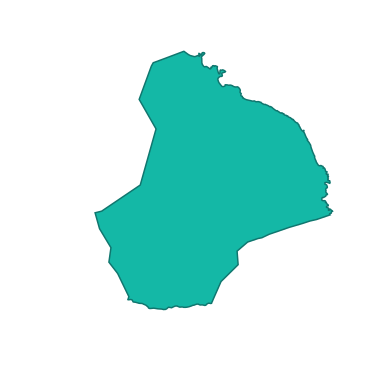 Coubaril, Castries, Saint Lucia, rotated 133°
{"feature_id": "8701671B79808617109773", "entity_name": "Coubaril", "entity_type": "district", "adm_level": 2, "iso_a3": "LCA", "parent_name": "Saint Lucia", "parent_adm1": "Castries", "projection": "mercator", "projection_center": [-61.013, 14.002], "detail": "fine", "context": "isolated", "style": "filled", "palette": "teal", "viewbox_px": 384, "rotation_deg": 133, "n_neighbors": 0, "source": "geoboundaries", "source_scale": "gbopen_adm2", "svg_char_len": 5648}
<svg xmlns="http://www.w3.org/2000/svg" viewBox="0 0 384 384"><g transform="rotate(133 192 192)"><path d="M114.7,75.5L114.7,75.9L114.3,76.3L114.0,76.5L113.7,76.4L113.3,76.1L112.8,75.8L112.5,75.8L112.3,75.8L111.5,76.4L110.9,76.7L110.7,76.6L110.6,76.3L110.5,76.2L110.2,76.1L110.1,76.5L110.3,77.8L110.2,79.0L110.4,79.2L110.8,79.3L111.8,79.2L112.0,79.3L112.2,79.6L112.2,79.9L112.1,80.0L111.7,80.2L111.3,80.3L111.0,80.2L110.8,80.4L110.8,81.3L110.9,81.8L111.2,82.3L111.4,83.2L111.3,83.4L111.0,83.6L110.7,83.7L109.9,83.5L109.4,83.0L109.1,83.0L108.7,83.4L108.6,83.7L108.6,84.9L108.7,85.7L108.3,86.2L108.2,86.4L108.2,86.7L108.4,87.0L108.1,87.0L107.8,87.8L107.7,88.1L107.7,88.7L108.1,89.4L108.3,89.6L109.0,90.2L109.2,90.7L109.4,91.2L109.2,91.5L108.8,92.2L107.7,92.8L107.4,92.9L107.0,92.8L106.8,92.4L106.6,92.2L105.8,91.9L104.1,91.4L103.7,91.4L102.4,91.9L102.2,91.8L101.9,91.5L101.7,91.3L101.4,91.3L101.2,91.5L101.0,92.3L101.0,93.3L100.9,93.8L100.6,94.3L99.6,94.9L99.4,95.5L99.1,95.8L98.4,96.2L97.7,96.4L97.4,96.3L96.6,96.0L96.3,96.2L95.9,96.6L95.3,97.7L95.1,98.1L95.1,98.4L95.1,98.9L95.5,99.5L95.6,99.8L95.5,100.1L94.9,100.8L94.7,101.1L94.4,101.1L93.8,100.7L93.1,100.2L92.7,99.5L92.4,98.8L91.9,97.7L91.7,97.2L91.3,97.3L91.0,97.4L90.1,98.6L89.9,99.0L90.4,99.7L90.6,100.2L90.6,100.5L90.5,101.0L90.1,101.3L89.6,101.0L89.4,100.7L89.5,101.6L89.1,102.2L88.4,102.6L88.2,102.5L87.7,102.8L87.9,103.2L88.2,103.3L88.0,103.6L87.8,103.8L87.4,103.9L87.0,103.9L86.5,104.3L86.4,104.5L86.3,104.9L86.5,105.0L87.1,105.2L87.3,105.6L87.3,105.9L87.0,106.4L86.7,106.6L85.5,106.8L85.2,107.0L85.7,108.0L85.7,108.4L85.6,108.7L85.3,108.9L85.0,109.5L84.8,109.9L84.3,110.8L84.2,111.8L84.3,111.9L84.8,112.1L85.0,112.3L84.6,112.6L84.2,113.2L84.0,113.6L84.0,113.8L84.4,114.5L84.6,115.5L84.8,115.9L85.1,116.0L85.8,116.6L86.1,117.1L86.2,117.9L86.1,118.5L85.9,119.3L85.7,120.1L85.5,120.7L85.2,121.7L84.7,122.5L83.9,124.5L83.1,125.9L82.8,126.2L82.3,126.5L82.0,126.9L82.0,127.5L81.7,128.0L81.4,128.9L81.1,129.3L80.7,130.5L78.1,135.5L77.3,136.6L76.9,137.1L76.6,137.9L76.5,138.4L76.0,140.0L75.6,142.7L75.5,143.0L75.0,143.0L74.8,143.3L74.6,144.0L74.6,144.3L74.2,145.6L73.4,147.5L72.5,149.4L72.1,150.4L72.0,151.3L71.5,151.6L70.9,151.8L70.7,152.1L70.9,152.4L71.3,152.2L71.7,152.0L71.9,152.3L72.1,153.3L71.9,154.8L71.6,155.7L71.2,156.8L70.8,157.8L70.7,158.6L70.3,159.1L70.0,159.6L70.0,160.5L69.6,161.6L69.8,162.4L70.1,162.8L70.3,164.1L70.2,166.2L69.9,167.3L70.0,167.5L70.5,167.9L70.6,168.4L70.3,168.7L70.6,169.9L70.5,170.5L70.9,171.5L71.4,172.7L71.3,173.2L71.1,173.9L71.2,174.1L71.7,174.3L71.7,174.6L71.6,175.2L72.4,176.5L72.6,177.4L72.6,177.8L72.2,178.0L72.2,178.3L72.6,178.4L72.7,179.1L72.7,180.0L73.1,180.5L73.3,180.4L73.8,181.2L74.1,182.2L74.1,183.2L74.3,183.7L74.4,185.1L74.5,185.3L75.0,185.6L75.2,186.1L75.6,189.6L75.6,191.3L75.8,192.3L76.0,192.9L76.5,193.1L77.1,195.9L77.5,196.7L77.8,197.5L78.0,198.3L78.9,199.0L78.9,199.3L79.5,201.5L79.5,202.5L79.4,202.9L79.9,203.4L80.1,204.0L80.3,204.6L80.9,205.4L82.1,206.4L82.5,207.1L82.7,208.0L83.0,208.7L83.5,209.0L84.1,209.5L84.5,210.1L84.7,210.4L85.0,211.1L86.9,214.3L87.4,215.2L88.0,216.8L88.2,217.6L88.6,218.9L88.5,219.0L88.2,219.0L88.3,219.6L88.2,219.8L88.0,220.2L87.8,220.4L88.0,220.6L88.1,221.2L88.1,222.0L87.6,222.5L87.2,222.8L86.6,223.0L86.4,223.6L86.5,224.2L86.3,224.9L85.6,225.4L84.6,226.1L84.0,227.6L83.8,229.3L84.0,230.3L85.7,232.0L85.9,232.3L86.5,233.6L86.7,234.9L87.3,236.3L87.9,237.2L88.6,237.6L88.9,238.0L89.7,239.4L90.6,240.4L90.7,240.6L91.0,240.8L91.7,240.3L92.2,240.3L93.0,240.6L93.8,241.2L94.3,242.0L94.3,242.8L93.9,245.4L93.6,247.1L92.3,249.6L91.7,250.2L91.1,250.5L90.5,250.5L89.7,250.5L88.8,250.4L88.2,250.1L87.4,249.3L86.6,249.0L86.2,249.2L85.9,249.5L85.4,250.6L85.0,251.0L84.5,251.0L84.0,250.9L81.9,249.7L81.3,249.6L81.0,249.7L81.0,250.3L81.3,251.9L81.8,252.9L82.4,253.2L83.0,253.7L83.3,254.3L83.8,254.4L84.6,253.9L85.7,252.9L86.2,252.6L86.6,252.5L87.0,252.6L87.2,253.1L86.9,253.8L86.2,255.1L84.5,257.9L84.3,258.1L83.1,258.8L83.0,259.1L83.3,259.9L83.7,260.9L84.2,261.4L84.7,261.4L84.8,262.2L84.9,262.4L85.7,263.0L87.0,262.6L87.3,262.7L87.5,263.1L87.8,263.2L88.1,263.1L88.2,262.8L88.7,262.4L89.1,262.4L89.7,262.8L90.2,266.3L90.5,267.2L91.9,268.2L92.1,268.6L92.0,270.0L91.6,271.5L90.8,272.9L87.7,275.9L87.0,277.1L86.8,277.2L85.8,277.3L83.4,277.1L82.5,277.1L81.9,277.3L81.8,277.9L82.1,278.6L83.0,279.4L83.6,279.4L84.5,279.0L85.2,278.8L85.9,279.2L85.8,279.8L85.5,280.3L85.6,280.8L85.9,281.4L86.2,281.3L86.5,281.0L86.7,279.9L87.1,279.5L87.5,279.3L87.8,279.3L87.8,279.5L88.0,280.6L88.7,281.1L89.8,281.5L90.8,282.1L91.4,282.6L93.5,286.6L93.7,287.5L94.0,288.8L94.6,293.8L94.8,294.0L113.2,303.1L123.9,308.5L127.6,307.6L160.3,293.8L170.4,261.3L222.2,234.6L267.6,245.0L273.3,248.7L281.9,234.6L288.0,213.3L300.0,204.9L302.3,190.8L311.6,166.8L314.4,165.5L314.1,164.9L312.3,163.4L311.8,162.2L312.5,160.0L311.1,158.0L309.4,154.7L307.5,152.4L307.0,150.7L306.2,148.6L306.1,145.6L306.4,144.9L306.4,144.3L306.0,143.4L304.7,142.2L303.0,140.7L300.8,137.4L298.2,134.2L297.4,132.7L295.8,131.2L294.4,130.8L292.8,130.7L292.1,130.4L290.6,128.0L289.6,127.6L288.2,127.1L286.8,126.4L285.6,125.2L285.2,124.0L284.6,122.5L283.0,121.0L282.5,120.4L282.0,119.4L280.9,118.2L279.6,117.1L277.9,115.9L275.7,114.7L274.2,114.1L273.5,113.4L272.2,112.8L270.7,112.0L269.8,111.0L269.2,109.2L268.6,108.5L267.8,107.8L267.2,107.0L266.9,106.5L266.4,105.5L265.6,104.8L264.4,104.6L263.5,104.7L262.1,104.1L261.2,103.0L260.8,102.3L260.1,101.8L258.4,102.5L257.5,102.7L257.2,102.9L237.7,109.7L213.7,108.7L204.5,118.7L190.7,117.2L181.0,112.0L177.8,109.7L170.4,106.8L151.6,96.8L139.6,89.7L132.7,85.9L127.1,82.1L114.7,75.5Z" fill="#14b8a6" stroke="#0f766e" stroke-width="1.5"/></g></svg>